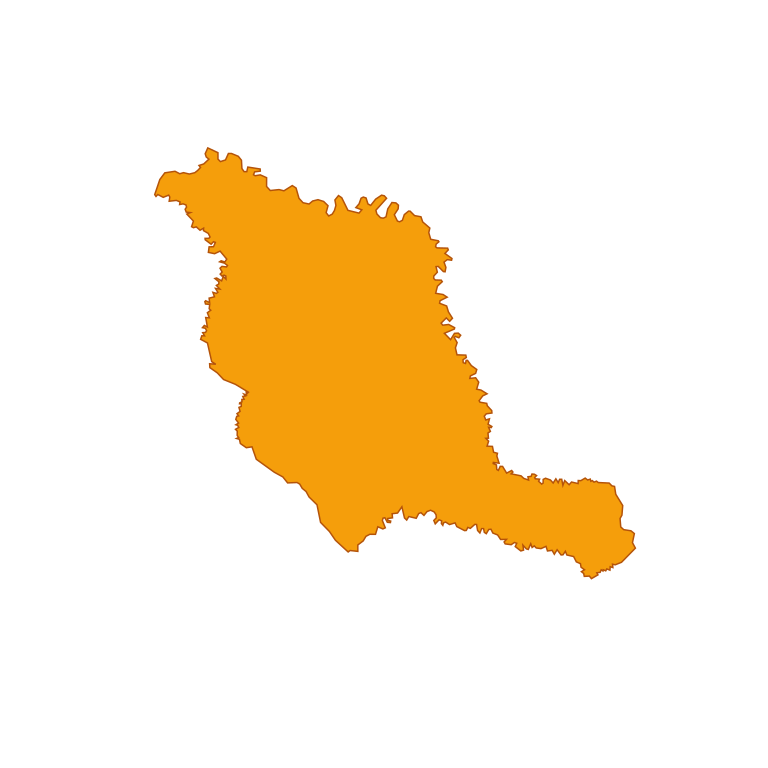 the district of Tenesolo, Thaba-Tseka, Lesotho, rotated 124°
{"feature_id": "5366337B90416114409115", "entity_name": "Tenesolo", "entity_type": "district", "adm_level": 2, "iso_a3": "LSO", "parent_name": "Lesotho", "parent_adm1": "Thaba-Tseka", "projection": "equal_earth", "projection_center": [28.295, -29.389], "detail": "fine", "context": "isolated", "style": "filled", "palette": "amber", "viewbox_px": 768, "rotation_deg": 124, "n_neighbors": 0, "source": "geoboundaries", "source_scale": "gbopen_adm2", "svg_char_len": 6155}
<svg xmlns="http://www.w3.org/2000/svg" viewBox="0 0 768 768"><g transform="rotate(124 384 384)"><path d="M513.7,469.8L513.8,462.5L509.9,458.3L517.8,447.8L518.5,425.6L517.6,415.9L519.9,408.6L514.3,401.0L514.1,397.9L516.3,393.3L516.7,388.5L519.6,382.9L521.6,372.0L534.2,359.2L536.8,346.7L540.7,336.9L543.3,319.8L541.0,319.0L537.4,312.1L532.1,315.7L525.7,313.5L520.4,313.8L516.5,311.7L513.4,307.0L505.8,309.3L504.8,303.9L502.5,302.5L498.1,309.0L495.8,309.8L494.4,308.5L496.8,303.9L495.3,301.2L493.9,301.8L494.9,304.6L493.5,305.8L490.2,302.1L487.0,304.7L483.4,300.6L475.8,300.5L483.6,292.1L484.1,289.1L480.0,289.3L477.3,282.2L472.0,282.8L470.0,281.4L470.6,277.4L465.7,277.0L462.6,274.8L462.0,270.9L463.3,267.7L465.7,265.8L469.3,266.4L471.3,263.3L465.8,262.4L465.2,259.7L467.6,258.4L468.3,256.2L465.8,257.0L464.0,255.7L463.9,251.1L459.4,247.4L461.5,243.9L460.5,235.2L459.4,233.9L456.0,234.3L455.4,231.7L449.6,230.2L448.7,228.7L453.1,224.5L453.9,221.2L449.3,222.2L448.2,220.6L450.9,217.9L450.9,215.5L446.0,215.8L444.6,214.1L446.7,210.4L445.6,205.4L447.7,200.4L444.3,195.6L447.8,196.1L448.8,194.1L446.1,188.7L442.5,187.3L441.8,184.9L445.4,184.3L445.9,177.2L443.7,175.4L439.9,178.7L441.1,173.8L440.5,171.9L434.4,173.0L436.7,169.8L434.2,168.9L434.8,166.1L432.7,161.8L428.0,158.9L431.0,155.1L427.9,151.6L429.9,147.6L424.6,147.8L426.7,141.6L425.5,140.1L421.3,140.1L423.5,136.8L421.0,130.3L423.9,125.1L423.1,120.7L425.7,118.2L425.9,113.9L429.2,115.4L429.4,112.5L431.5,110.4L428.4,106.3L429.4,103.2L422.6,99.9L421.5,102.0L419.3,99.5L416.6,100.0L416.6,97.9L415.4,98.4L414.9,95.7L412.7,95.9L412.0,92.6L409.0,94.3L408.2,91.6L405.6,93.8L404.6,91.2L399.0,87.4L379.5,83.8L376.6,89.3L368.0,92.8L367.6,97.2L370.7,103.8L370.1,107.8L363.5,113.1L359.7,113.4L351.3,118.1L345.8,130.2L340.0,135.6L341.0,138.1L340.2,141.9L345.9,151.3L345.7,153.5L347.9,155.0L347.6,157.3L349.0,158.1L347.5,159.8L349.7,161.5L349.5,164.6L354.1,166.8L355.4,169.0L358.0,167.4L360.4,173.7L364.0,174.2L363.0,180.2L368.0,179.0L363.6,183.4L364.8,185.1L368.4,184.4L366.5,188.5L371.5,188.4L370.5,192.3L371.8,197.4L374.1,198.7L377.1,196.7L378.8,197.3L378.2,201.4L375.9,201.8L378.0,205.6L377.2,206.8L374.6,206.3L374.7,208.9L375.9,211.0L378.3,210.4L380.4,212.8L382.8,210.4L384.1,215.4L383.5,219.0L387.4,228.4L384.9,227.9L384.3,229.8L389.3,232.5L386.0,239.6L387.3,241.6L391.7,240.9L391.8,242.7L388.2,245.6L388.9,249.0L387.9,249.5L385.3,244.3L380.6,250.2L378.0,251.2L379.3,255.0L375.1,259.2L377.9,263.8L372.9,265.3L372.1,269.2L370.5,267.1L366.5,270.4L363.8,269.3L361.4,273.1L360.2,270.7L358.9,270.8L359.2,275.2L353.9,277.1L356.9,279.5L354.6,282.9L351.5,282.5L347.7,278.3L345.8,279.8L344.3,286.2L342.6,288.0L345.4,294.2L344.7,295.8L338.6,295.5L334.5,293.1L334.8,300.2L336.5,304.3L329.5,306.5L327.6,311.5L331.4,316.0L329.0,316.9L323.9,314.0L320.1,315.2L319.9,321.9L317.7,328.0L318.5,329.1L321.4,327.9L322.0,330.3L319.7,332.1L316.0,330.6L314.3,332.3L319.0,339.8L314.1,345.0L308.8,346.5L306.1,351.9L304.7,351.5L303.8,347.8L300.7,347.7L300.3,350.9L302.6,353.9L310.0,353.6L308.2,362.3L299.1,356.4L297.8,356.9L298.5,363.7L302.4,368.2L301.6,370.7L294.4,369.3L295.3,364.6L291.2,364.0L288.2,370.9L284.3,375.7L286.0,383.1L283.6,384.1L276.7,380.2L276.8,385.1L279.9,391.9L273.0,394.4L266.6,392.9L265.9,394.6L269.1,399.7L268.7,401.8L266.7,403.1L261.5,402.3L257.6,406.5L256.2,404.8L257.6,397.6L256.8,396.1L252.7,397.9L249.4,402.4L245.5,401.1L243.6,397.2L242.0,397.8L241.7,406.5L236.9,405.7L235.8,407.2L241.5,416.1L241.4,418.0L238.8,419.0L235.4,418.0L234.9,419.1L237.9,426.2L233.5,431.5L229.1,433.2L228.0,442.5L224.7,446.9L227.3,452.8L226.1,459.0L226.9,460.3L232.2,461.9L238.0,460.3L240.8,461.8L241.4,464.0L237.9,470.1L230.9,470.2L227.7,472.0L227.2,475.4L229.1,478.9L236.7,478.8L244.3,475.8L246.9,477.3L248.1,479.9L247.0,485.0L244.5,487.9L228.6,485.7L227.8,489.0L228.8,491.6L235.4,494.3L243.4,494.9L243.7,498.0L239.8,502.9L240.6,505.7L242.8,506.9L248.6,505.4L253.5,506.0L252.0,499.8L256.3,500.3L260.2,511.0L253.2,523.2L253.2,527.1L258.9,527.6L262.9,523.7L267.9,522.1L272.1,521.9L275.6,523.8L274.3,527.8L267.5,530.1L266.4,536.1L268.1,541.8L272.2,545.5L276.7,546.8L279.0,552.5L277.6,558.3L270.7,566.5L270.8,571.0L279.8,575.0L281.5,579.7L287.2,586.5L285.9,591.8L278.6,596.7L279.8,603.5L283.4,607.3L283.5,609.2L280.5,609.9L276.7,605.6L275.0,606.9L280.3,618.2L284.7,616.5L286.2,618.8L284.8,622.3L278.2,627.3L276.7,632.1L278.2,639.4L279.9,641.9L286.9,640.7L291.1,644.0L290.4,647.4L285.1,651.0L286.8,662.1L293.1,661.0L295.2,658.3L295.5,654.9L302.4,656.5L306.3,659.6L307.1,657.2L311.2,657.9L314.6,659.0L318.8,662.8L320.9,668.4L323.9,670.9L324.5,676.2L331.5,683.8L339.8,684.2L355.2,680.0L356.0,677.9L353.4,677.5L352.7,671.4L347.8,668.1L348.8,666.1L352.6,664.3L347.9,658.8L347.1,654.9L349.5,653.8L347.0,651.3L346.3,648.3L347.8,646.6L350.3,646.6L352.1,644.1L350.2,640.4L353.4,642.5L355.5,633.1L361.2,631.5L361.0,629.4L358.7,627.5L359.4,622.5L355.7,620.7L357.8,619.4L357.4,613.9L359.4,610.4L361.2,610.7L363.3,613.8L364.4,612.9L364.8,605.5L361.4,604.9L360.9,603.0L365.5,602.1L368.1,605.7L373.1,603.2L370.7,597.3L365.5,594.2L368.4,584.2L371.8,584.2L372.9,587.9L374.6,588.6L373.0,583.8L373.3,580.0L375.0,580.0L377.1,584.1L379.7,584.7L381.7,580.8L384.5,581.3L385.1,578.7L383.2,577.5L382.9,575.5L385.4,573.7L384.7,577.4L389.3,576.3L389.7,582.0L391.1,583.2L391.6,578.0L393.6,576.9L396.0,578.1L397.1,573.2L399.0,577.2L400.9,573.0L402.6,573.6L403.7,577.1L406.5,573.3L410.6,577.0L414.0,574.1L414.7,578.4L415.9,578.6L417.5,576.7L415.5,573.0L419.4,571.0L419.7,568.9L423.7,570.3L426.8,565.8L428.6,569.0L435.5,562.3L435.9,565.7L438.8,566.0L437.7,563.2L439.0,560.9L441.0,560.8L442.8,563.0L444.4,559.7L445.9,562.0L449.5,561.0L448.7,553.3L461.8,539.4L461.7,534.5L464.7,539.9L467.8,537.5L468.0,528.4L470.0,519.5L467.4,507.2L466.6,491.8L468.1,492.1L468.0,493.5L470.0,491.8L470.7,494.4L471.4,492.2L473.3,494.1L474.9,491.4L476.3,493.2L478.2,491.8L480.4,493.1L481.2,492.7L480.1,491.3L482.4,489.8L484.5,491.2L487.2,488.0L490.8,489.3L491.7,486.7L493.2,488.0L496.2,487.1L497.7,482.7L500.6,484.0L500.1,482.2L501.2,480.1L504.6,481.8L505.1,479.3L508.7,477.0L509.7,474.6L511.6,475.8L510.7,472.9L513.7,469.8Z" fill="#f59e0b" stroke="#b45309" stroke-width="1.5"/></g></svg>